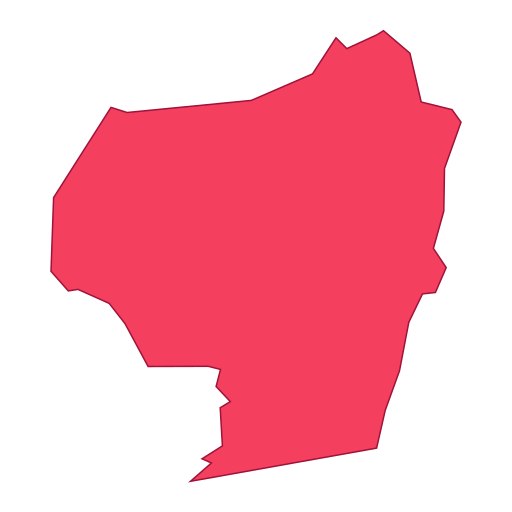 Barbour, West Virginia, United States of America (orthographic projection)
{"feature_id": "52423323B50280132213265", "entity_name": "Barbour", "entity_type": "district", "adm_level": 2, "iso_a3": "USA", "parent_name": "United States of America", "parent_adm1": "West Virginia", "projection": "orthographic", "projection_center": [-79.996, 39.125], "detail": "fine", "context": "isolated", "style": "filled", "palette": "rose", "viewbox_px": 512, "rotation_deg": 0, "n_neighbors": 0, "source": "geoboundaries", "source_scale": "gbopen_adm2", "svg_char_len": 590}
<svg xmlns="http://www.w3.org/2000/svg" viewBox="0 0 512 512"><path d="M111.0,107.4L53.6,197.6L51.0,271.3L68.3,290.9L78.0,289.4L109.2,303.4L125.0,323.6L148.1,366.5L208.2,366.3L220.5,369.4L216.1,386.5L230.3,401.6L220.2,407.7L222.4,445.9L202.0,458.8L211.4,463.0L190.5,481.3L376.6,448.1L385.2,410.4L399.5,370.8L408.8,322.3L422.5,293.9L435.4,292.5L446.2,267.6L433.4,248.4L443.8,211.1L444.5,168.4L461.0,122.2L452.0,109.6L421.2,102.0L409.9,53.2L383.5,30.7L376.7,34.9L346.8,48.6L336.0,37.8L312.5,73.9L251.3,100.4L127.1,112.5L111.0,107.4Z" fill="#f43f5e" stroke="#9f1239" stroke-width="1.5"/></svg>